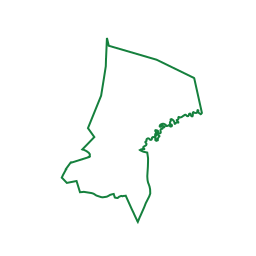 outline of Gawler, South Australia, Australia, rotated 161°
{"feature_id": "25037944B32211395389119", "entity_name": "Gawler", "entity_type": "district", "adm_level": 2, "iso_a3": "AUS", "parent_name": "Australia", "parent_adm1": "South Australia", "projection": "natural_earth1", "projection_center": [138.712, -34.621], "detail": "fine", "context": "isolated", "style": "outline", "palette": "green", "viewbox_px": 256, "rotation_deg": 161, "n_neighbors": 0, "source": "geoboundaries", "source_scale": "gbopen_adm2", "svg_char_len": 5369}
<svg xmlns="http://www.w3.org/2000/svg" viewBox="0 0 256 256"><g transform="rotate(161 128 128)"><path d="M163.1,66.6L162.4,66.2L162.2,65.9L160.8,65.3L160.6,65.2L160.2,65.3L159.3,65.7L158.7,65.9L158.0,65.9L157.2,66.0L156.3,65.9L156.0,65.7L155.6,65.3L155.2,65.2L154.7,65.3L152.4,64.7L152.2,64.7L150.9,50.4L150.3,45.3L150.3,44.8L149.8,40.1L149.6,38.6L149.5,37.0L149.3,36.0L145.8,40.0L144.8,41.0L138.4,47.9L135.7,51.1L130.2,56.4L128.3,58.8L127.1,62.7L126.7,65.6L126.7,68.3L126.8,69.6L126.6,71.6L126.4,72.7L125.7,75.3L125.4,76.3L121.9,84.7L121.1,86.8L120.0,89.7L118.9,92.8L118.8,93.3L117.8,98.5L121.2,100.6L122.0,101.3L123.2,102.5L122.9,102.6L123.6,103.3L122.5,103.5L122.1,103.1L121.6,103.3L121.3,103.4L121.0,103.4L120.6,103.3L120.2,102.9L119.8,102.7L119.5,102.7L119.4,102.8L119.4,103.1L119.6,103.4L119.9,104.0L120.0,104.2L120.0,104.4L119.8,104.8L119.6,105.1L119.4,105.2L119.1,105.3L117.9,105.5L117.0,105.7L116.6,105.8L116.2,106.1L116.1,106.3L115.8,106.7L115.7,106.9L115.7,107.1L115.7,107.5L116.2,108.6L116.2,109.0L116.0,109.3L115.4,109.6L115.2,109.6L114.8,109.7L114.7,109.9L114.4,110.6L114.2,111.2L113.9,111.4L113.7,111.5L112.9,111.7L112.6,111.7L112.3,111.6L112.0,111.5L111.7,111.2L111.3,110.6L111.1,110.1L111.0,109.8L110.8,109.6L110.7,109.5L109.8,109.3L109.5,109.4L109.2,109.7L108.9,110.0L108.8,110.4L108.5,110.9L108.4,111.0L108.2,111.1L107.8,111.3L107.4,111.3L106.7,111.1L106.2,110.6L105.7,110.1L105.3,109.7L105.1,109.6L105.1,109.1L105.2,108.9L105.5,108.6L105.8,108.4L106.1,107.9L106.1,107.7L105.9,107.3L105.4,106.7L105.0,106.8L104.1,106.6L103.8,106.7L103.7,106.8L103.6,107.0L103.7,107.5L103.5,107.9L103.3,108.2L103.0,108.5L101.8,109.6L101.1,109.8L100.9,110.1L101.0,110.4L101.1,110.7L101.3,110.9L101.6,111.1L101.8,111.5L101.9,112.2L102.0,112.4L102.3,112.6L102.9,112.7L103.4,112.6L103.7,112.3L104.0,111.7L104.3,111.4L104.6,111.3L104.9,111.4L104.9,111.6L104.8,112.1L104.7,112.5L104.5,112.8L104.4,113.0L104.2,113.3L103.9,113.7L103.1,114.3L103.0,114.6L102.9,114.9L102.9,115.6L103.1,116.1L103.2,116.3L103.1,116.6L103.0,116.8L102.8,117.0L102.6,117.0L101.8,116.6L101.0,116.0L100.7,115.6L100.6,115.4L100.7,115.0L100.9,114.6L101.2,114.3L101.3,114.1L101.3,113.9L101.2,113.8L101.1,113.7L100.9,113.5L100.5,113.0L100.3,112.8L99.9,112.6L99.5,112.6L98.9,112.7L98.6,113.0L98.4,113.3L98.3,113.6L98.3,114.0L98.4,114.3L98.3,114.6L97.9,115.4L97.7,115.8L97.5,116.0L97.1,116.2L96.9,116.3L96.1,116.2L96.1,116.3L95.8,116.4L95.5,116.7L94.9,116.8L94.5,116.8L93.7,116.9L93.4,117.0L93.2,117.3L93.3,117.6L94.5,118.7L94.7,118.9L94.9,119.0L95.1,119.1L95.5,119.0L96.5,118.6L96.9,118.6L97.1,118.6L97.5,119.1L97.5,119.3L97.3,119.7L96.9,120.1L96.6,120.3L96.4,120.5L96.0,120.6L95.7,120.7L94.9,120.7L94.5,120.8L94.1,120.8L93.8,120.7L92.8,120.3L92.6,120.1L92.4,119.8L91.4,118.9L91.3,118.4L91.1,117.5L91.1,117.4L90.7,117.3L89.8,117.1L89.4,117.1L88.9,117.3L88.6,117.4L88.2,117.3L87.9,117.2L87.7,116.9L87.6,116.7L87.7,116.3L87.7,116.1L87.6,115.9L87.4,115.6L87.2,115.5L86.5,115.4L86.2,115.4L85.9,115.6L85.8,115.8L85.6,116.1L85.6,116.3L85.6,116.7L85.7,116.9L85.8,117.0L86.2,116.9L86.3,117.0L86.4,117.5L86.5,117.9L86.7,118.2L86.8,118.8L86.8,119.1L86.5,119.6L86.1,120.1L85.9,120.3L85.5,120.6L85.2,120.9L85.1,121.2L85.0,121.6L84.9,122.2L84.4,122.3L84.1,122.3L83.7,122.0L83.2,121.3L83.0,121.0L82.7,120.5L82.6,120.4L82.5,120.1L82.5,119.9L82.5,119.6L82.3,119.0L82.3,118.6L82.3,117.8L82.5,117.2L82.5,116.9L82.4,116.7L82.0,116.7L81.8,116.7L81.6,116.9L81.4,117.1L81.2,117.2L80.6,117.3L80.2,117.3L79.5,117.2L79.4,117.1L79.0,116.9L78.7,116.8L78.5,117.1L78.6,117.3L78.7,117.8L79.2,118.6L79.3,119.0L79.4,119.4L79.3,119.6L78.3,119.7L78.0,119.8L77.7,119.9L77.5,120.1L77.2,120.5L77.1,121.3L76.9,121.6L76.6,121.9L76.4,121.9L76.0,121.6L75.5,121.1L75.2,121.0L74.8,120.9L74.2,120.9L73.8,120.9L72.9,121.1L72.4,121.3L71.6,121.5L71.0,121.6L70.4,121.9L70.1,121.9L69.7,121.9L69.3,121.8L69.0,121.5L68.7,120.8L68.6,120.6L68.4,120.4L68.3,120.1L67.9,119.8L67.4,119.7L67.2,119.7L66.9,120.0L66.6,120.1L66.4,120.2L66.1,120.6L65.9,121.0L65.7,121.3L65.3,121.5L64.9,121.5L64.6,121.3L64.4,121.2L64.4,120.8L64.4,120.2L64.4,119.8L64.3,119.4L64.2,118.8L64.2,118.6L63.8,118.2L63.5,118.1L63.4,118.1L63.2,118.1L62.8,118.7L62.7,118.8L62.5,119.1L62.3,119.7L62.2,119.9L62.0,120.6L61.7,121.2L61.6,121.5L61.4,121.6L61.1,121.7L60.9,121.7L60.7,121.5L60.3,120.9L60.0,120.6L59.1,120.2L58.3,120.0L57.8,120.1L57.6,120.3L57.4,120.5L56.6,122.0L56.4,122.2L56.2,122.2L55.9,121.8L55.8,121.7L56.2,120.8L56.3,120.5L56.4,120.1L56.3,119.5L56.2,119.4L56.0,119.1L55.5,118.3L55.2,118.0L54.8,117.6L54.7,117.4L54.2,117.5L53.9,117.8L53.5,118.0L53.3,118.1L53.2,118.3L49.2,153.4L49.3,153.8L78.8,183.3L119.4,212.0L118.6,220.0L125.6,202.2L125.9,202.4L125.7,202.1L128.9,193.6L134.6,182.8L142.9,167.3L165.9,140.9L162.8,130.4L173.0,125.2L178.2,122.6L177.9,122.3L177.5,122.2L176.8,121.7L176.0,120.9L175.2,120.1L174.6,119.4L174.3,118.9L174.1,118.8L173.6,117.9L173.3,117.6L173.1,117.2L172.9,116.3L172.7,116.0L172.7,115.4L172.8,115.1L173.1,114.5L173.2,113.9L173.3,113.5L174.5,113.5L174.5,113.2L193.2,113.7L193.2,114.1L193.3,114.1L200.1,109.4L199.9,109.1L200.2,108.9L204.8,104.7L206.8,102.6L206.2,101.5L203.7,96.0L195.1,94.8L193.9,94.6L194.3,82.9L191.1,82.1L190.7,82.1L183.6,78.3L182.6,77.6L181.7,76.8L180.1,74.7L179.7,74.3L175.9,71.4L174.5,70.7L170.7,70.0L169.8,70.0L169.2,70.1L168.5,70.2L166.7,70.6L164.8,70.5L163.0,70.3L163.1,66.6Z" fill="none" stroke="#15803d" stroke-width="2"/></g></svg>